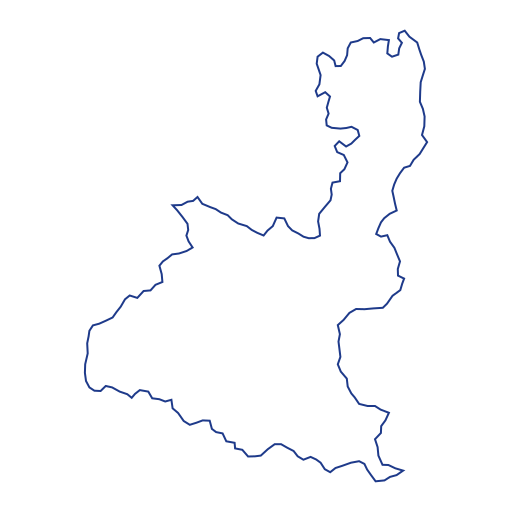 outline of Santa Luzia, Minas Gerais, Brazil
{"feature_id": "56859067B83544904508322", "entity_name": "Santa Luzia", "entity_type": "district", "adm_level": 2, "iso_a3": "BRA", "parent_name": "Brazil", "parent_adm1": "Minas Gerais", "projection": "mercator", "projection_center": [-43.827, -19.726], "detail": "fine", "context": "isolated", "style": "outline", "palette": "blue", "viewbox_px": 512, "rotation_deg": 0, "n_neighbors": 0, "source": "geoboundaries", "source_scale": "gbopen_adm2", "svg_char_len": 3158}
<svg xmlns="http://www.w3.org/2000/svg" viewBox="0 0 512 512"><path d="M235.1,448.4L242.3,449.8L248.1,456.5L255.1,456.3L260.8,455.6L267.8,449.2L274.7,444.2L281.1,444.2L287.2,447.7L293.6,451.0L297.7,456.3L303.4,459.7L310.6,456.9L316.2,459.5L320.6,462.7L324.8,469.2L330.2,472.2L335.5,468.0L342.0,465.9L351.0,462.7L359.1,461.2L364.4,463.9L367.1,469.5L370.9,474.9L375.6,481.3L384.5,480.4L390.0,476.9L396.6,475.1L403.1,470.6L395.3,468.3L388.4,465.0L382.5,464.8L378.4,455.6L377.6,447.1L375.0,439.2L380.9,433.0L381.2,426.1L385.4,420.4L388.9,412.8L380.6,409.6L375.0,406.0L367.6,406.0L359.1,403.9L354.7,397.4L351.3,393.4L347.7,386.5L346.8,378.6L340.8,371.6L337.8,364.3L340.4,356.9L339.4,348.7L338.5,341.6L339.9,334.2L337.8,325.1L343.6,319.9L349.4,312.9L356.1,309.0L364.6,309.2L373.4,308.4L382.8,307.8L387.0,303.7L392.5,295.8L400.3,290.1L402.2,283.7L404.1,278.6L398.0,275.6L397.8,269.0L400.0,261.4L396.9,254.0L394.4,247.8L390.0,241.7L387.3,235.2L381.0,236.6L376.2,234.0L378.4,228.2L381.0,222.3L384.2,218.2L389.7,213.8L396.7,210.5L395.0,203.5L393.7,197.2L392.3,190.8L394.2,184.4L396.7,178.6L400.0,173.2L404.1,167.7L410.0,165.9L413.7,159.7L419.6,154.1L423.4,148.0L427.1,142.1L422.0,135.0L424.3,126.3L424.6,116.5L422.9,108.9L419.9,101.8L420.2,91.8L420.7,82.2L423.0,74.8L424.9,68.9L423.8,61.6L421.1,54.6L419.3,49.3L417.2,42.5L409.4,36.7L404.7,30.7L399.1,33.1L398.1,38.4L401.9,42.8L399.2,48.3L398.3,54.6L392.0,56.7L387.3,53.4L387.9,46.4L388.9,40.1L380.3,39.1L373.8,42.5L370.1,38.0L363.2,38.2L357.7,41.0L350.8,42.5L347.7,48.3L347.1,55.2L344.6,61.0L340.8,66.0L335.6,66.1L334.2,60.5L329.1,56.0L322.9,52.6L317.6,56.7L316.7,63.7L318.5,68.9L320.6,75.1L319.4,84.3L315.7,90.9L317.6,96.3L325.2,92.2L330.0,96.5L328.4,101.9L326.8,107.7L328.6,113.6L326.1,119.5L326.7,125.4L331.7,127.8L340.4,128.6L346.3,128.0L351.5,126.8L357.7,130.0L359.3,135.9L355.1,139.8L351.3,143.6L346.1,146.5L339.2,141.3L334.7,146.0L337.2,152.1L343.8,155.0L347.5,162.4L344.4,169.2L340.2,173.2L340.0,181.2L332.5,182.6L330.9,188.8L331.7,194.6L330.5,200.3L324.8,207.0L319.2,213.8L318.1,221.4L319.5,228.8L320.0,235.6L314.5,238.1L308.7,238.2L303.5,236.7L298.4,233.5L292.2,230.4L288.0,226.1L284.3,218.4L276.6,217.6L272.8,226.1L267.5,230.6L263.6,235.5L257.2,232.8L251.7,229.9L246.8,226.1L238.2,223.5L231.8,219.3L227.7,215.2L221.0,212.6L215.7,209.1L210.2,207.1L202.3,203.8L197.5,197.0L193.1,200.9L187.6,201.7L181.5,205.0L172.6,205.3L177.1,210.2L182.5,217.0L187.5,223.8L188.2,230.0L186.4,235.6L188.6,241.4L192.6,247.5L186.6,251.0L179.0,253.5L172.1,254.4L167.6,258.1L162.9,261.4L159.4,265.7L161.7,274.1L162.4,282.0L155.5,284.8L150.5,290.4L143.6,291.0L137.3,297.9L129.7,295.5L125.0,299.3L120.7,306.7L116.5,312.0L112.6,317.5L105.9,320.7L99.2,323.7L92.9,325.4L89.4,330.8L88.6,336.4L87.2,343.3L87.7,353.4L85.2,364.2L84.9,372.8L86.0,381.0L89.4,387.4L94.4,390.7L100.6,391.0L105.7,386.0L112.1,387.4L119.7,391.6L127.3,394.2L131.7,397.8L135.0,393.9L139.8,390.1L148.3,391.6L152.2,398.3L159.3,399.2L165.2,401.5L171.4,399.8L172.6,408.3L178.1,413.0L183.7,421.0L189.8,424.8L196.5,422.7L202.7,420.4L209.7,420.7L211.9,428.9L216.1,432.1L222.6,433.4L226.3,441.3L234.6,442.8L235.1,448.4Z" fill="none" stroke="#1e3a8a" stroke-width="2"/></svg>